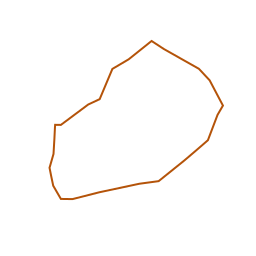 outline of San Andrés Lagunas, Oaxaca, Mexico, rotated 58°
{"feature_id": "50627088B92611149671356", "entity_name": "San Andrés Lagunas", "entity_type": "district", "adm_level": 2, "iso_a3": "MEX", "parent_name": "Mexico", "parent_adm1": "Oaxaca", "projection": "natural_earth1", "projection_center": [-97.531, 17.586], "detail": "fine", "context": "isolated", "style": "outline", "palette": "amber", "viewbox_px": 256, "rotation_deg": 58, "n_neighbors": 0, "source": "geoboundaries", "source_scale": "gbopen_adm2", "svg_char_len": 502}
<svg xmlns="http://www.w3.org/2000/svg" viewBox="0 0 256 256"><g transform="rotate(58 128 128)"><path d="M180.7,66.7L164.3,45.1L159.3,35.6L130.8,33.5L115.4,36.5L97.0,46.5L80.1,55.7L66.7,61.9L70.1,91.0L69.6,109.9L88.5,136.7L87.0,149.3L89.8,183.3L86.7,188.1L88.6,189.5L98.1,196.1L110.5,204.9L118.7,214.0L120.1,215.6L128.0,218.6L137.3,222.0L143.2,222.2L152.6,222.5L158.9,212.7L167.3,186.4L181.3,147.9L189.3,130.2L185.4,97.5L183.3,83.3L180.7,66.7Z" fill="none" stroke="#b45309" stroke-width="2"/></g></svg>